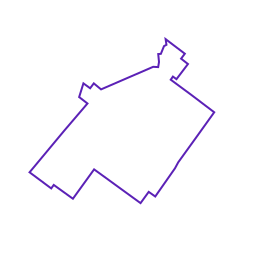 outline of Elk, Pennsylvania, United States of America, rotated 126°
{"feature_id": "52423323B9746722230596", "entity_name": "Elk", "entity_type": "district", "adm_level": 2, "iso_a3": "USA", "parent_name": "United States of America", "parent_adm1": "Pennsylvania", "projection": "orthographic", "projection_center": [-78.756, 41.416], "detail": "fine", "context": "isolated", "style": "outline", "palette": "violet", "viewbox_px": 256, "rotation_deg": 126, "n_neighbors": 0, "source": "geoboundaries", "source_scale": "gbopen_adm2", "svg_char_len": 560}
<svg xmlns="http://www.w3.org/2000/svg" viewBox="0 0 256 256"><g transform="rotate(126 128 128)"><path d="M181.4,73.7L167.5,73.7L167.4,65.7L133.0,66.3L126.2,67.2L95.1,67.3L64.6,67.5L64.0,96.1L63.8,121.8L60.0,121.9L60.0,117.5L41.0,117.1L40.7,125.8L34.5,125.7L34.0,149.8L38.1,145.8L40.6,147.0L48.7,145.0L50.4,147.0L56.4,141.7L61.0,139.4L63.7,143.6L112.6,172.5L112.0,181.9L118.1,182.0L118.1,190.3L131.7,185.7L132.0,175.2L167.4,178.0L221.7,181.6L222.0,154.6L217.7,154.6L217.6,131.0L181.4,131.1L181.4,73.7Z" fill="none" stroke="#5b21b6" stroke-width="2"/></g></svg>